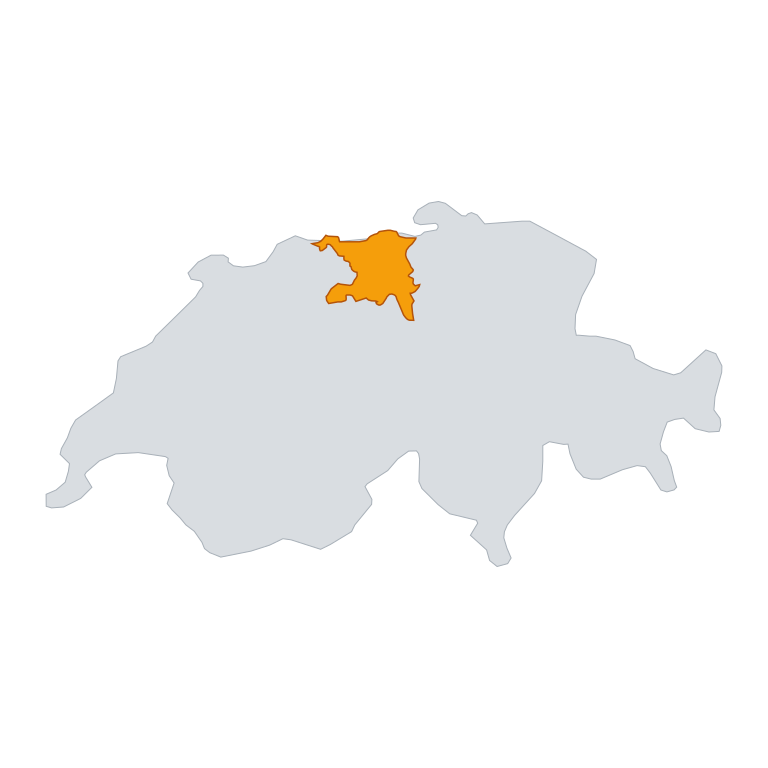 Aargau highlighted on a map of Switzerland
{"feature_id": "CHE-162", "entity_name": "Aargau", "entity_type": "Canton", "adm_level": 1, "iso_a3": "CHE", "parent_name": "Switzerland", "parent_adm1": "", "projection": "robinson", "projection_center": [8.112, 47.382], "detail": "fine", "context": "in_parent", "style": "filled", "palette": "amber", "viewbox_px": 768, "rotation_deg": 0, "n_neighbors": 0, "source": "natural_earth", "source_scale": "10m", "svg_char_len": 4590}
<svg xmlns="http://www.w3.org/2000/svg" viewBox="0 0 768 768"><path d="M581.1,248.7L585.7,251.1L596.5,259.4L594.1,273.5L582.0,296.2L575.6,314.6L575.0,328.7L576.3,335.3L578.5,335.2L590.2,336.2L596.2,336.2L615.0,340.0L630.1,345.6L633.1,351.5L635.1,358.7L653.1,368.5L673.7,374.9L680.7,372.8L705.9,349.9L715.8,353.7L721.9,365.9L721.7,372.3L715.0,396.8L713.9,409.9L720.1,418.5L720.8,425.3L719.1,431.4L708.9,432.0L695.2,428.7L683.5,418.1L674.8,419.4L667.2,422.1L663.4,432.0L660.1,444.0L661.3,450.6L666.8,455.7L671.1,466.6L674.3,480.6L676.7,487.1L674.1,489.9L666.9,491.9L660.9,490.0L650.3,473.1L645.4,466.7L637.1,465.6L622.5,469.7L600.2,479.1L591.2,479.1L583.5,477.2L576.2,469.2L570.0,453.8L568.0,444.1L563.7,444.4L549.4,441.7L542.8,445.5L542.8,461.2L541.6,480.8L534.5,493.5L514.6,515.4L507.3,525.0L504.4,531.8L503.8,537.8L506.9,548.1L511.1,558.0L507.7,563.6L497.1,566.5L489.6,560.5L486.6,549.9L470.4,535.3L477.7,523.2L476.4,520.2L449.7,513.8L438.1,504.6L421.9,488.5L418.9,481.6L419.6,459.1L418.6,453.6L416.5,450.9L408.6,451.1L397.8,458.9L387.7,470.6L367.2,483.8L365.0,486.6L371.9,499.4L371.6,504.4L354.8,524.9L351.6,531.6L330.3,544.5L320.6,549.3L291.0,539.8L282.9,538.7L269.7,545.1L251.0,551.1L220.8,557.1L209.8,552.7L204.5,548.6L202.0,542.4L194.4,531.4L185.9,524.9L180.1,517.9L172.2,510.1L167.2,503.6L174.1,483.0L169.2,475.7L166.7,465.4L168.1,458.3L165.4,456.6L138.3,452.6L115.7,453.9L99.5,460.8L86.3,472.2L84.7,474.7L85.5,476.8L91.9,487.3L80.7,498.4L63.6,507.0L51.5,507.9L46.2,506.3L46.1,494.3L56.1,490.0L65.2,482.2L68.4,471.3L69.5,463.6L60.1,454.3L61.4,448.6L67.4,437.8L70.9,428.2L75.6,420.0L94.5,406.5L113.4,392.9L116.4,378.5L118.0,360.9L120.7,356.7L146.1,346.2L152.5,342.0L155.7,336.1L175.8,316.4L195.6,296.9L199.6,290.3L202.9,286.5L202.9,283.3L200.5,280.9L191.1,279.2L188.0,273.0L198.2,262.0L211.0,255.2L223.4,255.1L228.4,258.2L228.1,261.9L233.4,265.8L242.8,267.1L254.4,265.7L265.9,261.6L273.1,251.8L277.2,244.3L295.3,235.8L307.6,240.1L341.9,241.2L366.9,238.9L382.5,233.1L401.9,233.1L414.9,236.4L417.2,235.9L420.8,235.1L424.4,232.1L436.6,229.9L438.2,227.3L437.7,224.7L435.5,223.3L420.5,224.7L414.7,222.7L413.2,218.0L418.0,209.8L429.1,203.1L438.5,201.5L445.3,203.3L461.8,215.7L465.8,216.0L468.1,213.8L471.5,212.6L477.2,215.0L483.7,222.7L484.7,223.9L521.6,221.2L529.9,221.2L555.0,234.6L581.1,248.7Z" fill="#d9dde1" stroke="#a8b0b8" stroke-width="1"/><path d="M390.4,230.3L394.3,231.3L396.1,231.5L396.9,232.3L397.7,234.1L398.7,235.9L400.2,236.7L405.9,238.0L415.4,238.0L415.9,238.0L415.6,239.1L412.2,243.8L409.0,246.6L406.5,250.0L405.7,253.6L405.7,255.5L406.5,258.1L409.8,264.1L410.9,267.0L412.9,269.3L413.3,270.0L412.7,271.6L408.7,275.0L408.4,276.0L408.9,276.4L409.7,277.0L412.7,278.3L413.3,279.0L413.3,280.2L413.0,282.2L413.0,282.8L413.1,283.4L413.4,284.1L415.2,285.8L419.7,284.6L419.2,286.4L417.8,288.4L415.1,291.5L412.5,292.9L411.5,293.2L411.1,293.2L410.6,293.3L410.2,293.3L410.6,294.8L414.0,300.9L412.0,304.1L411.9,304.7L411.8,305.8L412.6,313.7L413.7,320.3L409.3,320.2L407.5,319.4L406.7,318.7L405.6,317.6L403.9,315.4L403.4,314.5L398.3,302.3L397.2,300.1L396.6,298.5L396.1,296.7L395.3,295.6L394.4,294.9L391.9,294.0L389.4,294.3L386.9,296.8L386.2,298.3L382.8,303.5L380.4,305.0L379.0,305.1L378.0,304.7L377.3,304.3L376.7,303.9L376.4,303.6L376.3,302.9L376.0,302.6L376.0,302.3L376.2,302.1L377.3,301.7L376.9,301.4L375.5,301.0L371.5,300.8L368.5,300.0L366.2,298.0L355.9,301.4L352.5,295.8L350.2,295.0L347.0,295.0L346.4,295.1L346.2,295.3L346.0,295.8L346.1,297.3L346.2,298.9L346.1,299.6L346.0,300.0L345.9,300.1L345.7,300.4L345.1,300.7L341.3,301.9L337.9,301.9L328.7,303.5L326.8,300.7L326.6,300.2L326.2,296.5L327.4,295.3L331.0,289.2L331.4,288.7L338.1,283.5L339.2,283.8L340.5,284.2L350.1,285.4L351.1,284.9L352.4,284.3L354.4,280.2L356.1,278.0L357.2,275.9L357.0,272.3L355.1,271.9L353.7,271.2L352.4,270.1L351.7,269.2L351.0,266.6L350.0,266.1L349.9,264.4L350.0,264.0L350.0,263.4L349.7,262.8L348.4,261.5L346.1,261.1L344.2,260.1L344.1,259.7L343.9,258.9L343.9,256.3L339.3,255.9L337.9,255.0L337.4,253.6L333.0,247.9L332.3,246.6L331.5,246.1L330.3,244.7L328.2,244.2L327.3,244.3L326.8,244.6L326.6,245.3L326.6,246.5L326.5,247.1L326.1,247.6L322.3,250.5L320.3,250.8L319.9,250.1L319.6,249.1L319.5,248.0L319.6,247.1L319.0,246.6L318.7,246.4L318.0,246.3L312.5,244.0L312.0,243.7L317.9,242.7L320.7,241.3L323.1,238.9L325.9,235.3L328.0,236.2L337.6,236.7L338.5,237.5L339.0,239.3L339.3,241.0L339.7,241.8L359.2,241.8L365.9,240.6L367.4,239.7L368.0,238.9L368.6,238.0L369.9,236.7L371.1,235.9L374.4,234.4L377.1,233.7L378.1,232.8L378.9,231.9L379.7,231.5L387.7,230.3L390.4,230.3Z" fill="#f59e0b" stroke="#b45309" stroke-width="1.5"/></svg>